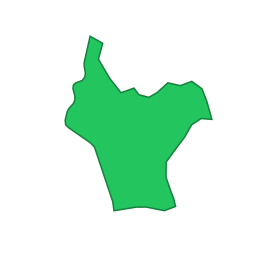 the District of Đakovica, rotated 36°
{"feature_id": "KOS-5890", "entity_name": "Đakovica", "entity_type": "District", "adm_level": 1, "iso_a3": "XKX", "parent_name": "Kosovo", "parent_adm1": "", "projection": "equal_earth", "projection_center": [20.354, 42.389], "detail": "fine", "context": "isolated", "style": "filled", "palette": "green", "viewbox_px": 256, "rotation_deg": 36, "n_neighbors": 0, "source": "natural_earth", "source_scale": "10m", "svg_char_len": 709}
<svg xmlns="http://www.w3.org/2000/svg" viewBox="0 0 256 256"><g transform="rotate(36 128 128)"><path d="M80.2,162.7L75.7,162.1L72.6,158.7L69.3,150.6L68.7,147.0L69.4,140.3L68.5,136.5L66.3,133.5L60.4,128.6L58.6,125.5L59.1,122.3L63.0,116.5L63.1,112.3L61.2,108.5L56.1,103.7L54.1,100.9L43.4,76.0L57.8,74.4L63.6,89.7L84.1,98.6L101.6,103.6L109.4,92.2L117.2,94.7L126.9,90.9L130.8,82.0L133.7,68.0L145.4,63.0L152.2,52.8L164.8,52.8L176.5,60.4L190.8,71.7L181.6,77.4L177.6,88.1L179.2,101.6L178.9,117.6L178.9,133.1L187.7,145.5L199.7,153.9L206.0,157.9L212.6,163.5L206.0,173.5L189.0,181.4L180.9,187.4L165.3,203.2L159.0,196.6L112.0,163.1L106.1,162.1L80.2,162.7Z" fill="#22c55e" stroke="#15803d" stroke-width="1.5"/></g></svg>